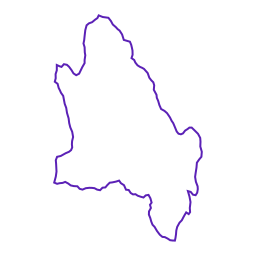 Ibirá, São Paulo, Brazil
{"feature_id": "56859067B89412000819303", "entity_name": "Ibirá", "entity_type": "district", "adm_level": 2, "iso_a3": "BRA", "parent_name": "Brazil", "parent_adm1": "São Paulo", "projection": "equal_earth", "projection_center": [-49.219, -21.072], "detail": "fine", "context": "isolated", "style": "outline", "palette": "violet", "viewbox_px": 256, "rotation_deg": 0, "n_neighbors": 0, "source": "geoboundaries", "source_scale": "gbopen_adm2", "svg_char_len": 2283}
<svg xmlns="http://www.w3.org/2000/svg" viewBox="0 0 256 256"><path d="M191.7,127.6L189.4,127.6L187.5,129.1L185.1,130.6L183.0,133.4L180.9,134.3L178.5,133.7L176.7,131.5L175.1,127.6L173.2,123.1L171.6,120.8L170.0,117.5L167.1,113.2L164.5,110.9L161.1,109.0L159.4,105.1L158.1,100.7L156.8,97.8L156.5,94.8L153.8,89.8L154.2,85.3L153.3,82.3L151.3,80.3L149.3,77.7L147.7,73.1L144.0,68.9L142.1,67.8L140.0,66.9L137.5,65.3L135.3,62.5L134.2,60.0L131.5,58.1L132.6,54.8L132.5,50.6L131.9,47.7L131.2,44.8L129.9,41.7L123.8,39.9L122.1,34.5L119.6,30.6L117.6,29.1L115.9,27.2L112.8,24.5L110.9,21.0L108.4,17.8L102.7,17.0L98.7,15.4L97.4,18.1L95.2,19.6L92.1,22.2L89.0,23.3L86.6,25.3L85.3,30.1L84.6,36.1L84.2,40.0L83.5,43.5L84.6,47.2L84.8,52.4L85.3,55.3L84.6,60.0L84.6,63.1L82.3,67.1L79.1,73.7L76.2,75.2L73.5,73.4L71.5,70.1L69.0,66.7L66.9,64.8L63.9,64.2L61.5,66.9L59.4,66.2L56.8,65.0L56.8,70.3L55.6,74.1L55.7,78.3L54.8,81.7L57.6,83.8L58.7,88.0L59.9,90.3L61.0,92.8L63.2,95.9L64.7,103.8L66.2,107.8L67.0,112.9L68.6,118.3L69.2,123.1L70.3,127.4L72.2,131.8L73.1,137.0L72.1,141.1L71.9,144.3L72.2,147.4L71.1,150.1L69.0,151.8L65.7,153.2L60.7,156.0L57.1,156.8L55.8,160.2L56.1,163.7L56.3,167.5L56.5,171.6L55.8,176.6L54.2,182.6L57.1,183.8L59.6,183.2L62.7,182.9L65.2,181.9L68.2,183.5L70.7,185.4L73.8,186.1L77.4,186.3L79.6,188.8L82.5,189.6L85.8,188.2L89.5,187.8L92.1,187.9L94.5,188.2L97.1,189.6L100.1,190.2L102.5,187.7L105.4,187.4L107.2,185.2L109.7,182.7L112.3,182.4L116.0,181.6L119.1,180.6L120.9,183.2L124.0,185.2L126.0,189.7L128.7,190.0L130.7,193.0L133.0,194.4L135.5,194.2L137.7,195.7L140.6,196.7L143.5,197.5L145.7,195.4L148.5,194.9L150.4,198.3L151.6,202.6L150.0,204.8L150.9,208.0L149.0,211.4L148.9,214.6L150.3,218.1L151.2,221.4L152.5,224.7L154.6,226.9L157.0,231.0L159.8,234.7L162.4,236.9L164.8,237.1L167.7,238.6L170.1,240.2L172.5,240.5L174.9,240.6L175.5,237.8L176.0,234.3L176.3,230.5L177.2,226.9L179.5,222.7L181.8,220.3L183.3,217.4L184.8,214.7L186.2,212.4L188.7,214.1L190.1,212.1L189.8,208.0L190.5,202.1L189.5,196.6L187.9,191.1L190.7,191.9L193.0,194.7L195.6,195.2L197.2,192.7L197.8,189.1L197.6,186.3L195.9,181.8L195.1,176.9L195.6,173.3L196.5,167.5L196.9,162.7L199.2,159.4L201.4,156.8L201.8,151.8L200.3,146.5L200.5,141.7L200.2,137.9L198.0,133.8L194.8,130.6L191.7,127.6Z" fill="none" stroke="#5b21b6" stroke-width="2"/></svg>